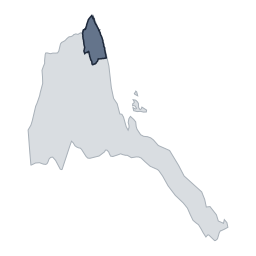 Karura, Semenawi Keyih Bahri, Eritrea shown in context
{"feature_id": "51966322B45199582240714", "entity_name": "Karura", "entity_type": "district", "adm_level": 2, "iso_a3": "ERI", "parent_name": "Eritrea", "parent_adm1": "Semenawi Keyih Bahri", "projection": "equal_earth", "projection_center": [38.724, 17.385], "detail": "fine", "context": "in_parent", "style": "filled", "palette": "slate", "viewbox_px": 256, "rotation_deg": 0, "n_neighbors": 0, "source": "geoboundaries", "source_scale": "gbopen_adm2", "svg_char_len": 5863}
<svg xmlns="http://www.w3.org/2000/svg" viewBox="0 0 256 256"><path d="M30.9,165.0L29.9,153.5L29.3,145.8L28.7,137.6L28.1,130.0L30.9,125.2L32.3,120.7L35.7,106.2L37.0,103.3L39.7,95.5L40.1,93.2L42.7,83.4L42.5,76.9L42.0,70.3L43.4,66.4L44.7,63.3L44.6,60.7L45.2,54.5L45.7,53.0L47.2,52.9L50.4,53.7L52.8,53.1L55.5,53.1L57.6,52.9L58.8,51.0L60.5,43.9L61.6,42.4L62.5,42.0L64.9,40.7L66.9,38.6L68.6,37.1L69.2,36.8L71.0,36.6L72.8,35.7L73.6,34.7L75.8,33.9L78.0,34.4L79.4,33.5L80.4,32.9L81.5,32.9L82.6,32.1L83.0,30.8L83.6,30.0L85.3,28.1L86.1,26.8L86.5,25.4L86.8,24.4L87.6,22.6L90.5,18.0L93.1,15.4L102.0,38.3L105.7,51.9L108.9,66.1L111.3,87.5L113.6,98.4L117.2,103.8L119.8,113.9L121.9,114.3L123.5,117.1L126.2,126.7L128.1,130.2L129.1,127.2L129.0,125.4L128.2,122.5L128.9,118.7L130.4,116.4L133.8,119.5L135.7,121.9L136.2,126.6L137.0,129.2L140.6,134.7L143.6,136.3L147.5,136.7L150.8,137.9L153.4,139.9L158.3,145.5L169.6,150.5L178.7,165.6L184.1,176.0L201.7,191.9L204.7,199.5L206.3,207.0L210.0,206.6L216.4,214.8L218.3,221.0L223.5,223.3L224.3,219.6L226.9,222.6L227.9,227.3L224.6,229.1L221.0,230.8L220.4,230.7L219.2,232.9L217.5,238.8L215.6,240.5L214.6,240.6L208.9,235.1L208.0,234.8L206.8,235.9L205.9,237.0L203.2,232.8L201.2,229.1L198.5,224.7L195.9,222.8L193.0,220.3L190.2,214.5L187.4,208.1L183.2,202.9L175.3,195.4L168.1,185.9L162.6,176.0L159.0,170.9L157.5,169.5L150.2,166.3L145.1,161.8L141.1,158.0L138.7,157.0L136.4,156.9L131.4,157.7L127.3,155.3L125.5,155.3L122.7,154.6L120.6,153.8L118.0,154.8L112.8,156.5L110.6,156.1L109.4,153.8L108.7,152.0L106.9,150.1L105.4,150.1L104.6,151.8L99.1,156.0L89.9,158.3L87.8,158.1L86.1,156.5L81.5,149.3L80.2,148.1L79.1,148.0L77.0,147.2L75.0,145.8L73.2,142.8L71.5,141.2L69.5,146.9L66.2,157.0L64.4,162.4L62.1,169.4L61.4,169.6L60.2,169.1L55.6,160.4L52.7,157.1L50.6,157.4L49.0,159.1L48.0,161.9L47.0,163.7L45.8,164.4L43.3,164.1L39.5,162.7L35.5,163.0L31.4,165.0L30.9,165.0ZM138.6,107.4L139.9,109.5L140.7,109.3L141.4,108.6L141.9,107.1L146.6,110.1L146.3,112.0L143.5,112.1L140.3,111.3L137.3,111.6L133.7,110.7L132.9,107.4L135.1,109.0L136.3,108.6L136.5,108.2L134.9,105.9L132.6,105.5L132.8,103.7L133.8,103.0L134.4,102.1L133.1,99.7L135.7,100.2L137.3,101.7L138.4,103.4L138.6,107.4ZM136.7,91.9L137.7,95.8L134.8,94.3L134.3,93.5L135.5,92.0L135.8,91.1L136.7,91.9Z" fill="#d9dde1" stroke="#a8b0b8" stroke-width="1"/><path d="M84.8,53.6L85.4,52.9L86.1,52.6L86.3,52.4L86.6,52.4L86.8,52.4L87.0,52.5L87.3,52.5L87.5,52.5L87.6,52.3L87.7,52.0L87.9,51.8L88.0,51.7L88.4,51.4L88.5,51.5L88.9,51.9L89.0,52.3L89.0,52.6L89.1,53.5L89.2,54.0L89.3,54.3L89.6,55.2L89.6,55.8L89.7,56.5L89.8,56.7L89.9,56.8L90.0,57.1L90.2,57.8L90.4,58.5L90.5,59.0L90.8,59.5L90.8,59.9L90.8,60.0L91.0,60.3L91.2,60.5L91.4,60.7L91.5,60.9L91.6,61.1L91.7,61.4L91.8,61.7L91.9,62.0L91.9,63.2L92.0,63.6L92.2,64.3L92.3,64.5L92.6,64.7L93.0,64.7L93.3,64.4L93.5,64.3L93.8,64.2L94.1,64.2L94.3,64.0L94.5,64.0L94.6,63.9L94.8,64.0L95.2,63.8L95.3,63.8L95.6,63.5L95.7,63.3L95.9,63.2L96.1,63.1L96.4,62.3L96.6,62.1L97.1,61.6L97.5,61.2L97.7,60.6L97.8,60.3L97.8,60.0L97.9,59.9L98.2,59.4L98.2,59.0L98.3,59.0L98.5,58.8L98.8,58.9L99.2,58.9L99.3,58.9L99.5,58.9L99.9,58.8L100.0,58.8L100.3,58.8L100.5,58.8L100.8,58.8L100.9,58.7L101.0,58.7L101.5,58.7L101.9,58.7L102.2,58.5L102.3,58.5L102.6,58.4L103.2,58.5L103.6,58.5L103.9,58.4L104.2,58.4L104.6,58.3L104.9,58.1L105.3,58.1L105.6,58.2L106.0,58.2L106.3,57.8L106.3,57.7L106.3,57.4L106.2,56.9L106.1,56.7L105.9,56.3L105.9,55.5L105.9,55.2L105.8,54.9L105.7,54.4L105.6,54.2L105.5,53.8L105.4,53.4L105.3,52.8L105.2,52.6L105.2,52.1L105.1,51.7L104.9,50.9L104.8,50.2L104.6,49.8L104.6,49.6L104.6,49.4L104.6,48.9L104.7,48.2L104.6,47.9L104.6,47.6L104.4,47.4L104.2,47.1L104.0,46.9L103.9,46.7L103.7,46.3L103.8,46.2L103.7,46.0L103.7,45.6L103.7,45.1L103.7,44.4L103.5,43.9L103.5,43.6L103.4,43.1L103.2,42.8L103.0,42.6L103.0,42.4L102.9,42.0L102.9,41.4L102.9,40.6L102.8,40.3L102.6,39.9L102.6,39.6L102.5,39.4L102.4,39.1L102.1,38.1L102.0,37.8L102.0,37.7L101.8,37.4L101.7,37.0L101.6,36.8L101.6,36.6L101.5,36.4L101.4,36.2L101.2,35.8L101.0,35.5L100.8,35.3L100.7,35.0L100.6,34.8L100.6,34.7L100.5,34.3L100.4,34.1L100.4,33.8L100.3,33.7L100.3,33.4L100.3,33.1L100.1,32.9L100.1,32.6L100.0,32.4L99.9,32.3L99.9,32.1L99.7,31.8L99.6,31.7L99.4,31.4L99.4,31.1L99.5,31.1L99.4,31.1L99.3,30.8L99.3,30.6L99.1,30.3L99.0,30.2L98.9,30.2L98.9,30.3L99.0,30.3L98.9,30.4L98.8,30.2L98.7,30.1L98.7,29.9L98.8,29.8L98.8,29.7L98.7,29.5L98.7,29.4L98.5,29.2L98.3,28.8L98.2,28.6L98.1,28.3L97.9,28.2L97.7,27.9L97.7,27.7L97.5,27.4L97.4,27.2L97.3,26.9L97.2,26.8L96.9,26.1L96.7,25.9L96.5,25.7L96.5,25.3L96.4,25.1L96.2,24.7L95.8,24.3L95.7,24.3L95.5,23.7L95.4,23.6L95.3,23.3L95.1,23.0L95.0,22.8L95.0,22.7L94.9,22.6L94.9,22.4L94.8,22.1L94.7,21.9L94.5,21.5L94.4,21.1L94.2,20.9L94.2,20.5L94.2,20.0L94.2,19.8L94.1,19.7L94.0,19.3L93.9,19.1L93.8,18.8L93.4,18.8L93.2,18.8L93.2,18.6L93.3,18.5L93.3,18.4L93.1,18.5L93.0,18.4L92.9,18.3L93.0,18.2L92.9,18.1L92.9,17.9L92.8,17.5L92.8,17.3L92.7,17.4L92.6,17.1L92.5,16.9L92.4,16.8L92.2,16.8L92.2,16.7L92.0,16.3L92.0,16.2L91.9,16.0L91.8,15.9L91.8,15.6L91.8,15.4L91.7,15.4L91.6,15.7L90.9,16.5L90.6,16.8L90.2,17.3L89.2,18.5L88.7,19.2L88.6,19.5L88.4,19.6L86.7,24.7L86.6,24.9L86.6,25.2L86.6,25.3L86.6,25.6L86.5,25.8L86.5,26.1L86.2,26.8L85.9,27.7L85.8,27.8L85.8,28.1L85.8,28.3L85.7,28.3L85.5,28.8L85.5,29.0L85.4,29.3L85.1,29.2L84.9,29.1L84.8,29.4L84.6,29.5L84.4,29.6L84.1,29.6L83.9,29.7L83.9,29.8L83.6,29.9L83.4,29.9L83.3,30.0L83.3,30.4L83.3,30.6L83.3,30.9L83.3,31.0L83.2,31.2L82.9,31.3L82.9,31.5L82.9,32.0L82.9,32.3L82.8,32.8L82.7,33.0L82.5,33.3L82.7,34.3L82.9,35.4L82.8,36.4L82.9,37.0L83.0,38.1L83.1,39.0L83.5,39.8L83.6,41.4L83.8,42.1L83.8,42.9L84.0,44.7L84.6,46.9L84.7,47.5L84.7,47.9L84.5,48.1L84.4,48.7L84.3,49.5L84.1,50.2L83.9,50.8L84.0,51.5L84.2,52.0L84.4,52.6L84.8,53.6ZM93.1,17.6L93.0,17.8L93.1,17.7L93.1,17.6ZM93.3,18.1L93.2,18.0L93.2,17.9L93.2,18.1L93.3,18.1L93.3,18.1Z" fill="#64748b" stroke="#1e293b" stroke-width="1.5"/></svg>